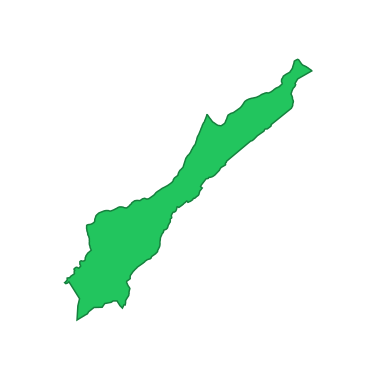 outline of Montes de Oca, San José, Costa Rica, rotated 325°
{"feature_id": "36466004B49166054866519", "entity_name": "Montes de Oca", "entity_type": "district", "adm_level": 2, "iso_a3": "CRI", "parent_name": "Costa Rica", "parent_adm1": "San José", "projection": "albers", "projection_center": [-84.009, 9.94], "detail": "fine", "context": "isolated", "style": "filled", "palette": "green", "viewbox_px": 384, "rotation_deg": 325, "n_neighbors": 0, "source": "geoboundaries", "source_scale": "gbopen_adm2", "svg_char_len": 5936}
<svg xmlns="http://www.w3.org/2000/svg" viewBox="0 0 384 384"><g transform="rotate(325 192 192)"><path d="M35.7,193.2L36.0,194.6L36.4,194.8L38.0,195.2L39.7,194.9L38.7,214.9L33.2,219.8L24.4,230.9L33.8,231.5L36.4,231.8L38.7,230.8L45.5,230.4L52.3,234.9L56.5,233.3L62.5,236.0L65.0,236.0L68.1,238.2L67.8,243.8L68.4,247.2L71.6,245.4L72.5,246.2L74.0,244.7L75.3,242.9L77.4,241.9L80.8,240.5L81.1,240.1L82.3,239.0L82.8,238.2L82.9,237.9L84.2,236.8L84.7,236.2L85.6,235.7L85.9,234.5L85.9,232.3L86.1,230.9L86.3,230.2L86.5,228.8L86.9,228.1L87.3,227.7L91.5,227.6L91.8,227.4L92.3,226.5L93.4,225.2L94.1,224.8L94.3,224.8L98.7,223.2L99.4,223.2L100.4,222.9L103.7,222.4L103.9,222.2L111.4,222.2L111.6,222.1L113.0,222.1L113.8,221.8L116.6,221.8L118.6,222.4L119.0,222.7L120.4,222.7L120.6,222.4L120.8,222.4L122.0,221.7L126.9,221.7L127.0,221.5L128.4,221.4L128.6,221.3L129.6,221.1L130.2,220.3L133.0,218.8L133.3,218.5L133.6,218.5L134.9,217.5L135.3,216.9L135.7,216.6L135.9,216.2L136.1,216.1L136.5,215.3L137.7,213.8L138.6,213.0L138.7,212.8L139.9,211.4L141.6,210.3L142.5,209.8L143.5,209.1L145.1,208.7L145.5,208.5L145.8,208.1L146.3,207.9L147.0,207.1L149.3,207.7L150.4,207.6L151.2,207.4L152.2,206.7L153.6,205.5L154.1,205.3L154.3,205.3L154.9,204.9L155.2,204.8L155.9,204.4L156.6,204.3L157.7,203.3L158.0,202.5L158.7,201.7L160.3,201.6L160.5,201.5L160.9,201.1L161.1,200.4L161.6,199.4L162.0,199.1L162.6,198.8L162.8,198.6L163.0,198.5L164.6,197.8L165.2,197.8L166.2,198.4L167.8,198.3L169.4,197.3L171.1,195.7L171.4,195.6L171.7,195.9L172.4,197.1L176.4,197.1L176.5,197.0L177.9,197.0L178.7,196.7L180.6,196.7L181.7,196.4L182.5,196.4L182.7,196.9L182.7,198.1L183.1,198.3L183.9,198.3L185.3,198.7L188.1,198.7L189.3,198.1L189.8,198.1L190.2,198.5L190.7,198.7L192.6,198.5L192.7,198.4L194.7,198.4L195.5,198.3L196.6,197.7L197.7,196.6L198.1,196.4L198.7,195.8L202.7,194.6L202.1,192.5L203.4,191.7L211.0,189.3L211.3,189.3L212.5,190.0L213.1,190.2L214.1,189.7L214.5,189.8L215.3,190.4L217.0,191.0L218.3,191.2L220.5,191.2L226.9,189.9L228.4,189.1L229.9,188.6L234.9,189.0L235.2,188.8L235.4,188.4L235.6,187.9L235.9,187.6L236.3,187.4L237.0,187.4L238.1,186.6L269.2,183.9L270.5,184.4L272.5,184.4L277.9,183.4L285.5,183.4L286.1,183.3L286.9,182.7L287.6,182.4L288.5,182.5L289.6,183.4L290.0,183.5L293.7,183.4L294.8,183.2L295.4,182.2L321.4,180.4L323.9,179.1L325.1,177.6L326.5,176.5L327.1,175.8L327.3,175.2L327.6,173.9L328.0,172.9L328.6,172.0L329.0,170.6L329.1,169.9L329.2,169.5L329.3,168.5L330.7,167.5L330.9,167.3L331.1,167.2L331.8,166.6L334.1,165.2L334.8,164.9L335.5,164.9L336.2,164.7L337.3,164.3L338.5,163.5L338.6,162.2L343.5,160.0L359.6,161.5L359.5,160.5L358.6,158.2L358.2,156.7L357.6,155.5L357.5,155.0L356.5,153.2L356.3,152.9L355.5,151.5L355.3,150.6L355.2,149.8L355.2,144.8L354.6,143.9L354.1,143.8L352.0,143.5L350.8,143.5L349.3,145.0L346.5,147.1L345.5,148.1L345.3,148.1L344.8,148.5L344.5,148.5L342.9,149.2L341.5,149.6L340.9,150.0L336.5,149.5L333.2,149.5L332.2,150.2L331.2,150.7L330.2,151.0L329.7,151.5L329.4,152.0L329.0,152.3L328.5,153.2L328.5,154.1L327.9,155.1L327.2,155.3L325.3,155.5L324.7,155.6L324.6,155.8L322.7,155.6L320.5,155.1L318.0,155.1L317.2,155.3L313.9,155.3L313.6,155.2L313.1,155.2L312.6,155.0L311.5,154.8L311.0,154.5L310.6,154.0L310.0,153.5L309.5,153.2L309.2,153.2L308.0,152.7L307.4,152.7L306.4,152.3L305.8,152.3L305.0,152.0L302.5,152.0L298.8,151.3L298.0,150.9L296.0,150.1L294.3,149.3L291.9,148.5L290.6,148.3L289.8,148.1L287.3,148.1L286.2,148.5L283.6,149.6L282.5,149.9L282.1,150.2L279.4,150.7L271.3,150.7L269.0,149.9L265.7,149.7L264.0,150.7L262.5,151.9L259.9,153.4L259.2,154.1L257.6,154.5L254.0,154.5L253.1,153.9L252.4,153.1L251.5,152.4L250.8,150.9L249.5,147.2L249.1,146.5L249.0,142.6L248.9,142.0L248.9,137.0L249.0,136.8L247.5,138.1L244.3,140.3L243.5,140.7L242.9,141.3L242.0,141.8L241.1,142.0L238.7,143.3L237.6,144.2L236.2,145.0L235.1,145.7L234.7,146.1L234.2,146.4L230.4,148.8L228.4,149.7L226.8,150.9L225.6,152.1L224.2,153.0L222.7,154.3L222.0,154.7L221.3,155.1L220.5,155.2L218.2,156.1L217.0,156.8L215.9,157.2L213.6,158.6L210.7,159.6L209.3,159.7L207.1,160.6L206.4,160.8L198.7,166.7L197.3,166.9L195.4,167.3L194.6,167.3L192.2,168.4L190.5,169.7L190.5,169.9L189.8,170.3L186.1,170.4L185.1,170.6L184.6,170.9L183.8,171.2L183.7,171.4L183.1,171.9L182.6,172.2L181.0,172.6L180.2,172.6L179.6,172.7L175.4,172.7L175.0,172.6L172.2,172.3L169.8,171.9L165.9,171.9L165.0,171.8L163.1,171.8L162.0,171.9L159.6,172.6L158.2,172.7L152.9,172.7L151.6,172.3L151.3,172.0L150.6,171.6L150.4,171.1L150.2,170.9L150.0,170.5L149.5,169.9L147.5,169.2L144.4,169.2L142.1,167.3L141.1,166.9L140.7,166.6L139.9,166.3L136.8,166.3L136.3,166.4L136.0,166.7L134.6,167.0L133.8,167.0L132.8,167.4L129.4,167.6L128.7,167.1L127.5,166.0L127.4,165.8L126.7,164.7L126.1,164.2L125.7,163.8L125.1,163.3L124.9,163.3L124.0,162.6L122.1,162.2L121.0,162.2L119.9,162.0L117.5,161.7L114.7,161.0L113.7,160.5L113.0,159.4L111.0,157.9L109.2,157.1L103.9,155.8L103.0,155.8L101.9,156.0L100.8,156.1L99.5,156.5L99.4,156.7L98.9,157.0L97.8,157.9L97.1,158.3L96.1,159.3L95.7,160.1L94.3,160.7L92.3,160.7L90.9,160.5L90.2,160.2L89.7,160.0L88.5,159.3L87.7,159.0L86.6,158.9L84.8,161.3L84.4,162.3L83.6,163.7L83.2,165.3L82.9,165.8L82.8,166.3L82.4,166.7L82.1,167.5L81.9,169.4L81.6,170.1L81.4,170.3L81.3,171.1L79.9,173.1L79.6,173.7L79.1,174.3L78.7,174.7L77.7,176.4L77.4,177.7L76.9,178.6L76.4,180.2L76.2,181.6L76.1,181.9L71.4,182.3L70.1,182.9L69.6,183.0L68.9,183.4L68.6,183.4L68.5,183.6L66.9,184.6L65.7,186.1L64.9,186.6L63.8,186.4L62.8,186.0L61.7,184.7L60.3,184.7L60.0,185.0L58.9,186.6L58.9,186.9L58.7,187.0L58.7,187.9L58.4,188.3L58.4,188.6L58.1,189.0L57.9,189.1L57.1,189.1L56.3,189.4L55.5,189.4L55.3,189.2L54.9,188.2L54.4,187.5L53.8,187.2L51.9,187.2L51.6,187.3L51.4,187.3L51.0,187.6L51.0,189.0L50.8,189.1L50.3,189.1L50.1,189.3L49.9,189.7L49.3,190.4L49.3,190.7L48.9,191.4L48.1,191.5L44.2,191.5L43.3,191.8L42.8,192.1L41.6,191.6L41.5,191.4L41.1,191.2L40.3,190.9L39.6,192.1L38.9,192.6L38.0,192.9L37.4,192.9L36.4,193.2L35.7,193.2Z" fill="#22c55e" stroke="#15803d" stroke-width="1.5"/></g></svg>